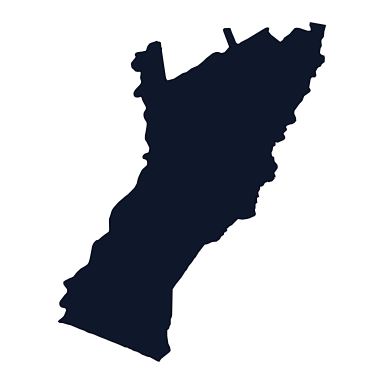 Tiquisate, Escuintla, Guatemala
{"feature_id": "79465075B69803572716764", "entity_name": "Tiquisate", "entity_type": "district", "adm_level": 2, "iso_a3": "GTM", "parent_name": "Guatemala", "parent_adm1": "Escuintla", "projection": "orthographic", "projection_center": [-91.43, 14.173], "detail": "fine", "context": "isolated", "style": "filled", "palette": "ink", "viewbox_px": 384, "rotation_deg": 0, "n_neighbors": 0, "source": "geoboundaries", "source_scale": "gbopen_adm2", "svg_char_len": 5877}
<svg xmlns="http://www.w3.org/2000/svg" viewBox="0 0 384 384"><path d="M324.1,57.9L323.8,56.3L321.0,55.3L319.5,53.7L319.2,52.4L319.9,47.9L321.1,45.8L320.6,41.8L320.8,39.6L323.2,36.4L323.6,31.5L325.2,25.6L310.5,23.0L310.1,25.1L311.3,27.9L311.6,30.3L310.8,31.3L307.8,31.6L299.1,28.7L296.3,28.5L295.0,28.8L293.1,30.9L290.2,34.4L284.7,38.2L283.5,40.3L281.3,42.1L280.1,42.5L279.3,42.1L273.5,37.5L270.5,35.2L267.9,31.9L268.4,28.4L267.2,28.1L265.2,28.9L247.7,39.5L241.2,42.8L239.9,43.9L239.3,44.4L236.8,44.4L235.3,42.7L233.8,38.8L231.5,33.4L229.8,28.7L224.5,28.9L223.7,29.7L224.1,31.4L230.0,47.1L225.1,52.8L221.4,53.9L218.9,52.9L216.2,52.7L213.0,53.9L206.9,58.6L203.9,61.6L198.0,66.4L191.8,69.0L186.8,72.8L182.9,73.9L174.2,79.4L167.8,81.1L167.0,80.9L165.6,79.2L165.0,76.5L161.1,50.3L161.3,48.4L160.6,47.3L160.2,43.0L159.6,42.4L157.7,42.4L156.9,41.6L155.3,42.1L154.5,42.5L152.4,43.1L150.7,43.7L149.9,44.2L149.1,45.1L148.5,45.9L147.9,47.1L147.5,48.2L146.9,50.3L146.6,50.8L146.1,51.4L145.5,51.7L144.3,51.8L143.2,52.1L142.4,52.3L141.0,52.4L140.0,52.6L138.0,52.8L137.5,53.0L137.0,53.1L136.3,53.5L135.9,53.8L135.6,54.2L135.6,55.1L135.8,55.5L136.3,56.2L136.3,56.8L136.0,57.6L135.7,58.3L132.7,62.0L132.2,62.6L131.8,63.3L131.7,63.9L131.7,64.6L131.9,65.6L131.9,66.1L132.1,66.9L132.4,67.5L132.8,68.0L133.3,68.4L133.9,68.9L134.5,69.4L135.3,70.4L135.7,70.7L136.2,70.9L136.9,71.0L137.7,71.1L138.4,71.1L139.5,71.0L140.0,71.0L140.6,71.2L141.2,71.8L141.4,72.3L141.4,73.7L141.3,74.7L140.9,76.9L140.9,77.6L140.9,78.2L141.1,78.9L141.5,79.9L141.7,80.6L141.9,81.6L141.8,82.1L141.8,82.6L141.6,83.2L141.1,84.2L140.9,84.6L140.0,85.7L138.8,86.9L135.7,90.2L134.4,92.5L134.2,93.3L134.3,94.4L134.4,95.1L134.9,96.0L135.6,96.5L136.3,96.7L136.9,96.8L137.6,96.8L138.1,96.7L138.7,96.7L140.2,96.1L141.1,96.2L141.6,96.4L142.2,97.3L142.4,97.8L143.1,100.2L143.6,101.3L146.2,106.0L146.5,106.7L146.7,107.6L146.7,108.5L146.6,109.1L146.0,110.3L145.0,111.8L144.6,112.6L144.3,113.5L144.3,114.1L144.2,115.0L144.3,115.9L144.5,116.9L144.7,117.7L145.1,118.5L145.7,119.6L146.4,120.7L146.9,121.4L147.2,122.0L147.5,123.5L147.4,125.3L146.8,129.3L146.2,132.9L145.7,135.0L145.6,136.9L145.6,137.8L145.6,138.7L145.7,139.3L146.0,139.9L147.3,141.8L149.0,145.4L149.6,146.5L149.9,147.3L150.0,147.8L150.0,148.7L149.6,151.5L149.3,152.2L149.1,152.6L148.7,153.1L147.9,153.4L145.2,154.3L144.5,154.8L144.0,155.3L143.5,155.9L143.2,156.5L143.2,157.4L143.6,158.2L145.6,158.8L146.2,159.1L146.7,159.5L147.1,159.9L147.4,160.3L147.8,161.3L147.9,162.0L147.9,163.8L147.8,164.6L147.6,165.2L147.1,166.0L146.8,166.3L143.0,169.7L142.6,170.3L141.9,171.4L139.8,175.7L138.8,178.1L138.2,180.2L137.7,182.6L137.4,183.9L135.1,188.0L134.7,188.5L128.6,194.7L125.9,196.7L118.8,202.8L114.2,208.0L112.9,209.9L112.3,211.2L112.1,211.7L111.9,212.4L111.3,214.4L110.5,217.0L110.0,218.2L109.8,218.7L109.7,220.5L109.9,230.0L109.7,231.1L109.5,231.7L109.2,232.2L108.8,232.6L105.2,235.1L102.3,237.3L99.5,239.8L98.9,240.3L97.4,240.8L96.9,240.8L96.1,241.3L94.3,243.2L93.6,244.5L93.2,245.5L92.9,246.3L92.7,247.1L91.7,252.5L90.5,258.6L89.7,261.6L89.2,262.9L88.6,264.0L87.9,264.9L86.8,265.8L84.9,267.0L81.1,269.2L78.7,271.4L76.8,273.3L74.8,276.0L74.0,277.0L73.6,277.3L71.6,278.3L69.7,279.0L66.1,280.8L64.8,281.6L64.3,282.0L64.0,282.7L64.1,283.5L64.3,284.3L65.1,285.5L67.5,288.6L67.8,289.2L67.9,290.9L67.9,291.4L67.7,292.4L67.5,292.8L66.6,294.0L65.1,295.5L60.9,301.0L60.6,301.6L60.3,302.1L60.1,302.8L60.0,303.6L60.2,304.7L60.4,305.3L60.8,306.0L61.6,306.6L62.6,307.0L64.7,307.3L66.0,308.1L66.6,309.0L66.8,309.5L66.9,310.4L66.7,311.2L66.3,311.9L65.2,314.7L64.4,316.4L62.4,318.4L59.8,320.4L58.8,321.4L59.3,321.9L60.3,322.2L62.8,322.3L64.4,322.8L67.4,323.7L70.8,324.5L73.4,325.6L75.6,326.5L79.3,328.1L80.0,328.4L80.9,328.7L84.8,330.1L87.4,331.6L89.1,332.3L92.0,333.0L94.3,333.8L99.8,336.2L101.6,336.9L104.8,338.1L112.2,341.2L114.8,342.1L119.4,344.0L123.9,346.0L124.7,346.4L125.2,346.6L126.5,346.8L127.2,346.8L127.9,347.0L129.3,348.0L130.0,348.2L130.5,348.3L131.6,348.8L133.4,349.9L134.8,350.4L136.7,350.9L138.2,351.5L139.1,352.0L140.3,352.6L140.8,352.9L141.9,353.7L142.3,354.0L144.8,354.8L145.7,355.3L147.6,356.0L148.2,356.1L149.8,356.4L150.9,356.9L155.7,359.5L156.8,360.2L157.7,360.6L158.1,360.7L159.0,361.0L160.5,358.5L166.1,354.0L168.9,351.8L169.9,350.5L169.4,347.5L167.6,343.7L166.5,335.9L166.5,330.1L167.0,329.3L168.0,328.7L168.6,327.7L168.7,326.3L170.0,324.1L170.0,318.6L171.0,317.1L171.4,314.9L171.9,289.0L175.4,283.8L180.9,276.9L184.6,271.1L186.1,269.5L188.3,265.5L191.1,262.2L194.1,257.7L195.0,257.0L197.9,252.2L204.2,244.0L207.4,243.4L211.9,241.3L216.4,240.9L217.9,239.7L219.2,238.8L220.6,236.2L223.2,234.3L223.4,231.9L224.3,231.9L226.1,230.7L226.5,230.2L225.9,228.7L226.1,227.9L227.1,227.7L229.2,225.6L231.5,224.5L233.9,222.0L237.3,218.6L238.1,218.3L242.4,218.9L247.0,218.2L249.3,217.6L254.3,215.4L255.1,214.4L254.8,212.2L254.2,211.4L254.3,208.6L254.8,208.1L254.8,203.0L255.5,203.1L256.6,202.2L256.3,200.9L256.2,197.5L258.3,196.4L257.6,193.9L257.6,191.9L258.7,190.1L259.3,188.8L259.4,186.6L259.8,185.9L261.7,185.8L263.0,184.9L264.3,182.4L266.5,181.4L267.3,180.8L268.8,181.4L271.8,180.6L273.8,178.4L273.6,177.0L274.3,176.5L274.8,176.5L274.8,175.9L273.6,173.6L273.6,173.0L273.8,172.3L276.6,168.5L277.1,167.0L276.7,165.1L275.2,163.2L274.0,162.0L273.7,160.4L273.4,157.5L272.4,157.3L271.3,156.1L270.7,152.7L271.9,150.0L272.4,146.5L274.8,145.0L274.7,141.5L275.7,141.1L277.1,141.9L278.1,141.7L283.3,139.4L284.4,138.3L284.4,136.7L282.9,134.2L282.9,132.9L286.2,129.7L286.0,128.6L285.4,127.8L285.3,126.2L286.9,124.8L290.5,123.5L291.8,123.5L294.0,122.3L295.5,120.5L295.2,117.6L293.4,113.6L293.8,110.4L295.1,108.7L298.8,103.5L301.7,100.5L303.6,95.6L308.8,92.0L309.9,90.8L309.8,89.7L308.4,87.7L310.0,78.6L311.6,76.5L314.3,76.7L315.2,76.1L315.6,75.4L315.2,73.2L315.0,71.3L316.8,68.0L318.0,66.8L320.4,65.7L321.2,63.7L323.9,61.7L324.1,57.9Z" fill="#0f172a" stroke="#020617" stroke-width="1.5"/></svg>